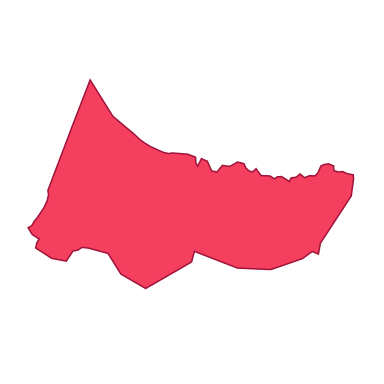 the district of Nova Cruz, Rio Grande do Norte, Brazil, rotated 186°
{"feature_id": "56859067B97026747899103", "entity_name": "Nova Cruz", "entity_type": "district", "adm_level": 2, "iso_a3": "BRA", "parent_name": "Brazil", "parent_adm1": "Rio Grande do Norte", "projection": "robinson", "projection_center": [-35.448, -6.46], "detail": "fine", "context": "isolated", "style": "filled", "palette": "rose", "viewbox_px": 384, "rotation_deg": 186, "n_neighbors": 0, "source": "geoboundaries", "source_scale": "gbopen_adm2", "svg_char_len": 1296}
<svg xmlns="http://www.w3.org/2000/svg" viewBox="0 0 384 384"><g transform="rotate(186 192 192)"><path d="M58.9,154.6L40.0,191.4L33.2,204.7L32.7,221.9L33.5,226.0L39.2,226.4L44.5,228.1L47.8,227.2L53.1,228.0L53.9,232.7L59.1,234.3L63.7,233.1L66.6,231.2L68.8,224.1L71.5,220.8L76.9,220.5L81.6,218.0L86.4,221.3L89.8,217.7L94.9,216.4L96.3,212.7L104.5,216.7L108.8,216.0L111.3,213.7L116.2,216.1L119.9,215.9L124.7,215.5L128.4,219.1L130.7,221.9L134.1,218.1L137.6,219.0L141.0,221.6L143.3,225.6L149.9,226.6L157.0,221.4L164.6,221.6L169.2,214.6L174.6,215.0L180.0,224.2L186.1,226.2L189.1,218.3L191.2,221.2L192.1,227.0L200.2,229.2L203.6,229.0L208.1,229.0L212.1,228.8L215.3,228.8L219.4,227.8L224.4,228.4L229.6,230.0L237.6,232.7L244.3,235.8L249.7,239.0L255.9,243.7L261.3,247.3L278.6,259.0L305.0,292.8L318.0,244.9L319.9,237.5L330.4,197.8L335.5,178.5L334.4,174.3L335.1,168.5L337.3,161.7L342.9,150.8L345.8,146.5L347.9,141.7L351.3,139.3L346.4,133.0L339.1,129.2L340.9,125.8L341.7,120.0L324.5,111.3L309.8,110.1L304.2,120.8L299.2,122.4L295.6,125.4L289.0,125.4L284.3,124.6L269.1,122.1L254.1,102.9L228.0,91.2L206.4,106.9L198.6,112.5L185.1,122.4L183.4,133.2L146.6,123.2L138.9,121.1L108.6,122.9L105.3,123.2L87.3,131.6L75.2,137.3L66.2,145.4L59.8,143.5L58.9,154.6Z" fill="#f43f5e" stroke="#9f1239" stroke-width="1.5"/></g></svg>